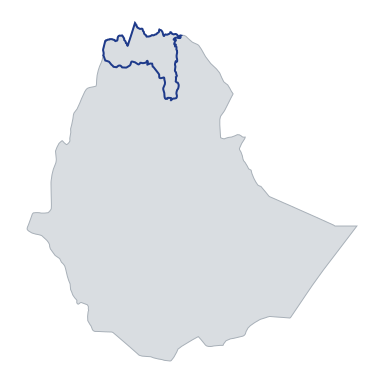 Tigray on a map of Ethiopia (Equal Earth projection)
{"feature_id": "ETH-3110", "entity_name": "Tigray", "entity_type": "Administrative State", "adm_level": 1, "iso_a3": "ETH", "parent_name": "Ethiopia", "parent_adm1": "", "projection": "equal_earth", "projection_center": [38.617, 13.565], "detail": "fine", "context": "in_parent", "style": "outline", "palette": "blue", "viewbox_px": 384, "rotation_deg": 0, "n_neighbors": 0, "source": "natural_earth", "source_scale": "10m", "svg_char_len": 7881}
<svg xmlns="http://www.w3.org/2000/svg" viewBox="0 0 384 384"><path d="M76.9,300.4L76.5,299.8L74.6,297.7L72.8,295.0L71.7,292.0L70.6,289.5L70.1,283.9L68.7,280.5L67.4,276.4L65.5,268.4L64.6,265.7L63.1,263.8L61.4,262.1L59.7,258.6L55.2,255.5L53.4,253.1L50.4,248.9L49.7,246.7L49.5,244.6L48.6,242.7L46.9,240.4L41.7,235.6L40.3,235.1L38.4,234.6L35.7,234.1L32.0,233.0L28.8,231.1L27.4,229.8L27.1,228.9L27.4,227.3L28.5,224.7L30.8,218.4L32.3,214.1L33.3,212.9L36.2,212.6L39.2,212.7L41.3,213.1L44.4,213.1L48.1,212.7L49.6,211.3L50.8,209.7L51.3,208.6L51.4,205.8L51.4,203.6L51.2,195.0L51.1,189.8L51.0,183.8L51.0,182.6L51.1,181.1L52.0,174.7L52.9,171.0L53.4,169.1L55.8,163.0L56.2,161.0L56.3,159.2L55.5,151.1L57.0,147.2L59.0,143.4L60.7,141.8L62.1,140.7L62.7,141.1L64.3,142.9L66.4,144.6L67.4,144.2L68.9,142.7L69.9,141.1L69.8,138.2L70.8,132.3L70.6,128.9L71.7,124.7L72.9,118.8L73.4,115.0L74.0,113.0L77.1,108.9L79.8,103.0L81.5,98.8L84.7,91.8L86.3,89.3L87.7,88.2L89.6,87.5L93.3,86.8L95.9,86.2L96.3,85.3L96.5,83.9L96.6,80.8L97.1,75.4L98.3,70.2L99.6,66.3L100.4,64.5L101.2,62.7L102.2,59.8L103.4,53.5L103.4,49.2L105.2,41.3L105.6,41.2L108.6,39.8L111.4,39.6L114.3,40.6L116.1,40.8L116.9,40.3L117.7,39.0L118.4,36.9L119.6,35.7L121.2,35.5L123.3,37.9L126.6,44.2L127.5,44.6L128.0,44.4L129.7,39.4L131.0,35.4L133.4,28.0L134.8,23.8L136.1,25.1L137.4,27.2L138.9,28.2L140.4,28.8L141.2,28.9L142.2,29.8L145.6,35.0L146.7,36.2L148.3,36.4L155.0,34.7L159.0,31.6L159.7,30.4L160.7,30.4L162.1,31.8L162.6,33.1L163.5,34.8L165.0,35.0L168.9,33.8L170.7,33.1L172.3,33.7L174.3,34.2L175.6,34.2L178.6,35.9L182.3,35.4L184.0,35.4L185.8,36.2L188.6,38.9L192.4,42.2L197.7,44.6L198.8,45.5L201.4,49.3L205.5,56.6L210.7,63.5L216.5,69.0L219.6,72.8L221.6,77.4L223.7,81.7L225.8,83.5L227.7,84.9L229.7,88.1L231.1,90.8L233.1,93.9L230.9,98.1L228.1,103.7L224.8,110.2L223.8,111.8L220.9,115.8L220.4,116.9L219.8,119.7L219.8,124.9L220.2,131.6L220.6,137.7L222.2,138.4L224.1,138.9L226.1,138.1L228.6,137.4L231.7,137.0L235.2,135.7L237.2,134.7L239.3,134.8L241.2,135.9L242.2,136.8L243.5,137.2L245.2,137.1L244.9,138.3L243.9,140.0L242.8,141.7L241.7,143.4L239.5,148.3L239.4,148.9L239.7,149.9L241.0,152.1L242.3,155.7L243.0,159.1L243.6,160.7L245.1,162.5L247.4,166.3L248.6,168.8L251.1,170.2L251.9,173.5L253.8,178.2L255.8,182.0L257.8,185.0L259.9,186.2L260.8,186.3L265.4,191.8L268.8,196.0L269.7,196.7L275.9,199.4L283.1,202.6L288.9,205.1L296.3,208.4L303.5,211.6L310.3,214.6L319.9,218.9L327.6,222.4L333.6,225.1L334.9,226.0L356.9,226.0L351.6,233.0L345.5,241.0L339.1,249.4L335.0,254.8L328.4,263.4L323.0,270.5L317.4,278.3L312.3,285.4L305.7,295.1L301.4,301.5L294.7,311.4L290.5,317.6L289.8,318.0L283.7,317.5L277.8,317.1L270.3,316.5L269.4,316.5L267.2,317.1L265.9,317.6L260.5,319.3L259.5,319.8L255.0,322.4L250.4,325.6L248.0,328.0L246.1,331.5L245.3,334.0L244.5,335.1L243.0,336.1L233.4,338.4L230.6,338.8L226.1,340.7L223.7,343.8L223.0,345.4L219.8,345.4L214.1,345.9L211.7,346.4L210.5,346.5L208.3,346.4L206.6,345.9L205.4,345.0L203.9,343.1L200.6,339.1L198.3,336.6L193.0,339.5L188.3,342.3L181.7,346.3L177.9,349.2L176.7,352.1L173.8,357.3L171.2,360.6L170.2,361.0L164.2,360.3L162.1,359.6L158.5,359.0L153.8,357.9L150.6,356.7L147.1,356.5L142.1,356.1L139.1,355.2L135.9,352.3L131.9,348.8L127.8,345.2L123.5,341.5L118.5,337.2L113.0,332.5L111.7,332.0L111.2,332.0L105.2,331.8L99.0,331.5L94.8,331.4L93.5,330.8L92.5,329.8L91.2,326.3L89.6,323.9L87.8,320.7L87.6,316.5L88.1,311.9L88.6,310.3L88.3,308.8L88.4,306.7L87.4,304.8L81.3,302.5L80.3,302.7L79.3,303.6L78.1,304.2L77.3,303.6L76.8,302.8L76.8,301.4L76.9,300.4Z" fill="#d9dde1" stroke="#a8b0b8" stroke-width="1"/><path d="M103.3,55.4L103.7,54.1L103.6,52.6L103.3,51.2L103.1,50.4L103.1,49.7L103.2,49.1L105.2,41.1L105.6,41.1L105.8,40.5L106.1,40.2L106.4,40.1L106.9,40.1L107.2,40.0L107.9,39.6L108.3,39.5L109.3,39.5L109.5,39.4L109.8,39.1L110.1,39.1L111.5,39.1L112.2,39.2L113.7,39.8L114.4,39.9L114.5,40.0L114.9,40.7L115.1,40.9L115.3,41.0L115.7,41.1L115.8,41.0L116.1,40.7L116.3,40.7L116.7,40.7L116.9,40.7L117.1,40.5L117.4,40.1L117.5,39.6L117.6,39.0L117.6,38.3L117.7,37.7L117.9,37.1L118.2,36.5L118.8,35.9L119.6,35.6L121.2,35.7L121.7,35.5L122.0,35.4L122.5,36.0L122.9,36.3L123.7,37.9L124.1,38.3L124.1,38.6L124.2,39.0L124.2,39.7L124.2,40.0L124.5,40.2L125.4,41.2L125.5,41.4L125.7,41.9L125.8,42.6L125.9,43.0L126.2,43.1L126.4,43.2L126.6,43.3L126.8,43.5L126.9,43.8L126.9,44.6L127.0,45.0L127.2,45.4L127.6,45.7L127.9,45.4L128.6,42.9L129.9,39.0L131.3,34.7L132.7,30.3L134.1,25.8L135.0,23.0L135.4,23.5L135.6,24.0L136.1,25.1L136.4,25.2L136.4,25.3L136.4,25.7L136.5,25.8L136.5,26.0L136.7,26.4L136.9,26.4L137.1,26.6L137.2,26.8L137.2,27.1L137.3,27.4L137.5,27.6L139.9,28.9L140.3,28.9L141.5,28.7L142.0,28.7L142.3,28.9L142.6,29.2L142.7,29.7L142.7,29.8L142.9,30.6L143.0,30.9L143.2,31.2L143.4,31.4L143.7,31.6L143.8,32.0L144.0,33.1L144.2,33.6L144.4,34.0L144.8,34.4L145.9,35.2L146.1,35.4L146.3,36.1L146.4,36.3L146.6,36.6L146.8,36.6L147.0,36.5L148.1,36.6L149.8,36.3L150.6,36.0L151.9,35.1L152.3,35.1L152.7,35.3L153.1,35.3L153.5,35.3L153.9,35.2L155.2,34.5L156.2,34.3L156.6,34.0L157.3,33.1L158.2,32.6L158.7,32.2L159.0,31.7L159.1,31.1L159.0,30.6L159.1,30.1L159.3,29.7L159.4,29.8L160.2,29.9L160.8,30.1L161.0,30.2L161.5,30.6L161.9,31.2L162.3,31.8L162.6,32.4L163.2,34.8L163.7,35.9L164.2,35.9L164.7,34.9L165.0,34.6L165.5,34.4L166.7,34.7L167.1,34.7L168.9,34.0L169.8,33.4L170.2,32.8L170.4,32.2L170.7,32.2L171.2,32.5L171.5,32.9L171.9,33.6L172.1,33.7L172.2,33.8L173.3,34.3L173.9,34.3L174.9,34.1L175.2,34.0L175.8,34.0L176.5,34.3L177.1,34.8L178.2,36.1L178.6,36.3L179.0,36.4L179.4,36.2L180.1,35.5L180.5,35.4L180.9,35.5L180.5,35.8L180.6,36.0L180.6,36.4L180.6,37.2L180.6,37.3L180.4,37.6L180.3,37.9L180.2,38.0L179.6,38.1L177.9,37.9L177.0,37.5L176.7,37.5L175.2,37.9L174.5,38.4L173.9,39.0L173.7,39.3L173.7,39.6L174.2,39.9L175.6,39.7L175.9,40.2L175.8,40.5L174.8,41.9L174.3,43.4L174.2,44.0L174.4,44.2L174.7,44.1L175.0,44.2L175.4,44.3L175.7,44.6L175.0,45.6L174.9,45.8L175.1,46.4L175.4,46.4L175.7,46.2L176.0,46.1L176.3,46.5L176.4,47.0L176.5,47.6L176.5,48.1L176.4,49.2L176.4,49.6L176.6,49.9L176.9,50.3L177.0,50.5L177.0,50.9L177.1,52.6L176.6,55.3L176.6,56.6L176.7,57.6L177.0,58.7L177.2,60.1L177.1,61.4L176.5,61.9L175.7,61.4L175.5,61.8L175.0,64.0L175.0,64.8L175.3,66.0L175.4,66.7L175.3,67.4L174.9,70.4L175.0,70.8L175.1,71.2L175.2,71.4L175.5,71.8L175.6,72.0L175.8,72.1L176.0,72.5L176.4,74.7L176.5,75.0L176.8,75.4L176.8,75.6L176.7,76.1L176.5,76.6L176.2,77.0L175.9,77.1L176.0,78.4L176.0,79.0L175.9,79.8L175.9,80.5L175.8,80.8L175.7,81.3L176.4,82.2L176.7,82.4L177.2,82.5L177.6,82.6L178.0,83.1L178.5,84.3L178.7,85.2L178.6,86.6L178.3,88.0L178.0,88.8L177.2,89.9L176.8,91.0L176.5,92.2L176.4,93.7L176.5,94.1L176.8,95.0L176.9,95.7L176.9,96.3L176.8,97.0L176.6,97.6L176.2,98.1L175.5,98.3L174.7,98.5L173.2,98.6L172.9,98.7L171.0,100.2L170.9,100.1L171.1,99.7L171.1,99.1L171.0,98.4L170.9,98.0L168.1,97.8L167.4,98.0L167.4,98.7L167.3,98.8L165.7,98.9L165.1,98.4L164.8,97.7L164.6,96.9L164.5,96.3L164.3,93.0L163.4,90.0L163.2,89.0L163.3,88.0L164.9,84.1L165.0,82.5L164.8,81.2L164.5,80.2L164.3,79.2L164.3,78.3L164.1,77.7L163.7,77.5L161.3,78.1L160.1,78.1L159.8,78.0L159.5,77.8L159.3,77.3L159.2,76.6L159.2,75.9L159.2,75.4L159.1,74.5L158.5,73.5L153.6,67.2L153.1,66.8L152.7,66.6L152.6,66.1L152.4,64.8L152.1,64.0L152.1,63.7L150.5,63.5L150.1,63.6L149.7,63.7L149.2,63.9L147.4,64.6L147.3,64.4L147.9,62.4L147.8,61.8L147.7,61.3L147.4,60.9L147.2,60.9L146.8,61.1L146.6,61.5L146.4,62.0L146.1,62.5L145.6,62.7L143.5,63.1L142.2,63.1L141.1,62.8L140.3,62.8L140.0,63.2L139.8,63.6L139.3,64.0L138.9,64.3L138.6,64.4L137.9,64.2L135.0,62.3L132.5,61.6L131.7,61.6L131.2,62.1L130.6,64.1L130.4,64.7L130.1,65.1L129.8,65.5L126.7,67.4L126.1,67.6L122.3,67.4L122.0,67.3L121.8,67.1L121.5,66.5L120.9,66.0L120.3,65.6L119.7,65.5L119.0,65.6L118.5,65.7L118.4,65.8L117.2,66.6L116.9,67.0L116.6,67.2L116.2,67.2L113.6,66.8L113.2,66.5L112.7,65.7L111.5,64.8L109.1,61.8L108.7,61.6L105.8,60.6L105.4,60.6L105.1,60.1L103.6,55.7L103.3,55.4Z" fill="none" stroke="#1e3a8a" stroke-width="2"/></svg>